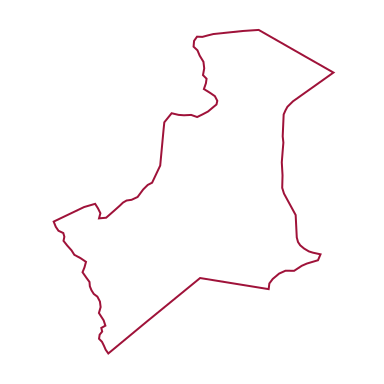 outline of Jacaraú, Paraíba, Brazil, rotated 92°
{"feature_id": "56859067B40843060287877", "entity_name": "Jacaraú", "entity_type": "district", "adm_level": 2, "iso_a3": "BRA", "parent_name": "Brazil", "parent_adm1": "Paraíba", "projection": "natural_earth1", "projection_center": [-35.265, -6.604], "detail": "fine", "context": "isolated", "style": "outline", "palette": "rose", "viewbox_px": 384, "rotation_deg": 92, "n_neighbors": 0, "source": "geoboundaries", "source_scale": "gbopen_adm2", "svg_char_len": 1469}
<svg xmlns="http://www.w3.org/2000/svg" viewBox="0 0 384 384"><g transform="rotate(92 192 192)"><path d="M97.8,94.2L67.7,54.8L53.2,82.5L27.7,131.0L29.3,146.7L33.4,176.2L35.0,181.8L36.6,187.0L36.6,192.4L40.9,195.2L46.7,195.5L50.2,191.5L55.4,189.1L61.5,185.1L68.0,184.1L74.8,185.1L78.3,181.4L82.9,181.9L88.7,183.7L92.1,177.7L95.4,172.5L100.0,169.9L103.7,170.6L106.5,173.8L111.0,178.8L114.2,184.4L116.9,189.5L115.0,195.5L115.6,202.7L115.4,208.1L114.0,215.1L123.3,222.1L130.8,222.6L166.7,224.7L184.1,232.2L186.5,236.5L191.2,240.9L198.9,246.2L201.9,252.1L202.8,257.1L205.0,260.6L208.1,263.6L212.6,268.3L217.6,273.6L220.7,276.9L221.6,284.0L216.4,282.8L211.6,285.4L207.2,288.4L210.8,299.3L226.4,329.2L231.6,326.9L235.4,324.1L237.5,319.2L241.2,318.0L245.3,318.7L249.8,314.9L254.5,310.4L258.9,307.4L262.0,301.1L265.5,295.5L271.0,296.8L276.0,298.6L281.2,294.7L285.5,291.3L289.8,290.8L293.8,289.0L297.3,286.6L299.9,282.9L304.7,280.2L310.2,279.3L316.2,280.8L323.4,275.8L328.6,273.9L331.0,277.9L334.6,276.9L337.8,279.3L341.9,279.8L344.9,276.7L348.8,274.6L352.6,272.8L356.3,270.0L323.3,232.9L277.7,180.9L286.4,112.0L280.7,111.5L276.1,108.3L270.5,102.1L267.4,95.8L267.2,87.2L261.9,79.7L259.5,74.7L255.8,63.7L249.8,61.4L248.4,69.1L247.3,73.1L244.6,78.0L241.5,82.0L238.3,84.3L233.8,85.7L211.4,87.6L190.4,100.0L184.7,102.0L172.2,102.1L159.2,103.3L147.6,102.8L139.5,102.4L133.2,103.3L111.3,103.1L107.1,101.4L103.5,99.6L97.8,94.2Z" fill="none" stroke="#9f1239" stroke-width="2"/></g></svg>